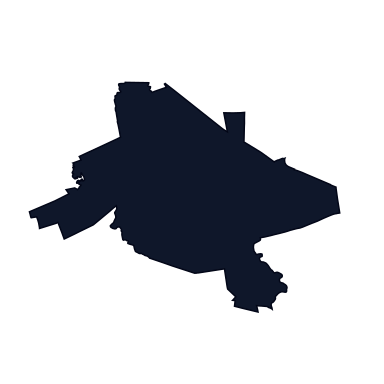 Contesti, Dâmbovita, Romania, rotated 200°
{"feature_id": "2599482B81842456192136", "entity_name": "Contesti", "entity_type": "district", "adm_level": 2, "iso_a3": "ROU", "parent_name": "Romania", "parent_adm1": "Dâmbovita", "projection": "mercator", "projection_center": [25.668, 44.679], "detail": "fine", "context": "isolated", "style": "filled", "palette": "ink", "viewbox_px": 384, "rotation_deg": 200, "n_neighbors": 0, "source": "geoboundaries", "source_scale": "gbopen_adm2", "svg_char_len": 5927}
<svg xmlns="http://www.w3.org/2000/svg" viewBox="0 0 384 384"><g transform="rotate(200 192 192)"><path d="M189.2,277.3L179.3,260.6L182.9,261.3L185.4,262.0L242.8,281.1L254.3,284.8L254.8,284.0L251.9,281.6L261.5,273.8L263.5,271.9L264.5,272.7L266.4,273.1L266.8,273.4L267.0,273.8L267.0,274.3L266.7,274.9L266.9,276.6L267.0,276.7L267.8,276.7L268.5,276.5L269.2,276.4L269.4,276.4L269.7,276.7L269.9,276.9L269.9,277.2L269.7,278.9L270.0,279.9L284.4,274.9L292.2,272.2L292.1,271.8L292.5,271.1L293.0,270.7L295.6,269.7L296.9,269.1L297.4,268.8L297.7,268.5L297.7,268.0L297.6,267.7L297.4,267.3L296.0,265.9L295.7,264.0L295.5,263.7L295.2,263.4L294.5,262.9L294.2,262.6L293.6,262.5L293.3,262.0L293.2,261.5L293.6,261.0L294.3,260.6L295.9,260.0L296.1,259.8L296.1,259.2L296.1,258.6L295.8,257.5L296.0,257.0L296.1,256.9L296.9,256.4L297.1,256.2L297.1,255.9L297.0,255.3L296.2,253.9L296.2,253.3L296.4,252.1L296.3,251.9L296.1,251.4L295.7,250.7L293.6,247.7L293.1,247.2L292.7,246.9L292.8,245.6L292.7,244.6L291.9,242.7L291.4,242.0L290.8,241.5L290.6,241.1L288.5,237.3L286.4,233.6L286.2,232.9L286.2,232.5L284.6,230.2L281.9,225.8L277.9,219.0L284.0,212.8L304.5,192.4L310.1,186.8L308.4,185.3L307.8,184.6L307.2,184.0L313.8,178.5L312.7,178.1L312.6,177.8L312.8,177.3L312.9,177.0L312.9,176.7L312.8,176.4L312.4,176.1L311.7,175.9L311.1,175.5L311.0,175.4L311.1,175.2L311.5,175.1L311.9,175.1L312.2,175.0L312.4,174.5L312.3,174.1L311.2,173.4L311.1,172.9L311.1,172.0L310.8,171.2L311.1,170.4L311.2,169.5L311.1,169.0L311.0,168.9L310.1,168.5L309.5,168.7L309.3,168.5L309.5,168.0L309.9,167.2L309.8,166.4L309.6,165.8L309.1,165.3L307.5,164.6L306.9,164.3L306.7,164.3L306.4,165.1L306.3,165.6L306.2,165.6L306.1,165.4L306.2,164.8L306.1,164.5L305.7,164.6L305.3,165.4L305.2,165.5L304.5,165.7L304.4,165.9L304.4,166.1L305.2,167.0L305.2,167.3L304.6,167.3L304.2,167.3L303.4,167.7L303.2,167.5L303.1,167.4L302.5,167.5L301.6,167.9L301.2,168.2L301.1,168.3L301.2,168.5L301.8,168.7L302.2,169.3L302.0,170.0L302.7,171.0L302.8,171.7L302.4,172.0L301.8,171.5L300.9,170.6L299.1,169.7L297.1,166.8L297.2,166.3L297.6,165.6L298.3,165.1L298.7,165.2L298.9,165.9L299.3,166.4L299.7,166.5L300.3,166.2L300.5,165.7L299.9,164.8L300.0,164.7L300.7,164.5L300.8,164.4L301.0,163.6L301.2,163.4L301.4,163.7L301.8,164.1L302.3,164.2L303.1,163.8L303.5,163.1L303.6,162.6L303.7,162.0L303.6,161.3L303.3,160.9L302.9,160.9L302.6,161.1L302.7,162.2L302.0,162.2L301.5,161.8L301.3,161.3L300.9,160.7L298.7,160.5L298.8,159.5L299.2,158.6L299.6,158.0L299.5,157.4L300.5,155.0L301.8,155.4L303.6,155.7L311.1,151.1L307.0,148.2L317.8,136.7L338.0,117.8L336.4,115.6L334.9,113.3L334.3,112.8L329.5,115.5L327.2,112.8L325.4,110.3L323.0,106.1L322.8,105.6L311.1,114.5L309.0,116.1L307.6,117.6L300.6,109.6L296.0,104.1L287.9,112.4L284.9,115.6L273.5,127.4L268.9,135.2L262.5,146.2L260.5,149.9L258.4,153.2L257.5,151.8L257.0,150.7L257.0,150.4L257.0,149.0L257.5,146.9L257.6,146.3L257.5,146.0L257.4,145.7L256.1,144.2L255.4,143.2L254.8,141.8L255.2,138.4L255.2,136.8L255.3,136.2L255.5,135.8L256.0,135.1L257.0,132.9L257.2,132.3L256.7,131.5L255.9,131.0L254.9,130.9L254.0,130.7L252.2,130.9L251.7,131.0L251.4,131.3L250.8,131.7L250.7,132.0L250.4,133.3L250.2,133.5L249.7,133.6L249.3,134.0L248.7,134.2L248.4,134.5L246.0,133.2L245.5,132.5L245.3,131.4L245.1,131.1L244.2,130.6L244.0,130.4L243.9,129.8L243.2,127.7L240.7,123.6L240.3,123.4L240.0,123.3L239.7,123.4L239.4,123.8L238.1,124.3L237.4,124.2L236.8,124.0L236.3,124.0L236.0,124.1L235.4,124.0L235.0,124.1L234.8,123.9L234.8,123.1L234.9,122.7L234.9,122.0L234.5,121.7L232.3,121.7L230.4,121.9L228.5,121.9L227.4,120.2L226.6,118.9L224.9,116.9L223.9,116.6L222.9,116.6L221.9,116.4L220.5,116.2L219.0,116.7L218.5,117.1L217.4,116.7L216.2,116.7L214.6,116.3L212.0,116.5L210.6,116.1L209.0,115.3L208.7,115.4L195.1,115.7L185.3,115.8L161.8,116.6L160.1,117.3L158.9,118.1L158.7,118.0L135.2,130.9L126.5,114.9L125.3,113.0L115.0,108.5L116.8,104.1L114.3,104.7L113.0,99.2L104.9,100.0L88.9,101.8L89.9,103.5L91.0,105.2L92.5,107.3L91.8,107.4L87.5,108.7L82.3,110.1L82.0,110.1L80.7,109.7L78.3,109.7L77.2,109.5L76.6,109.3L77.2,110.4L78.7,112.3L79.2,113.5L79.3,114.3L79.2,114.8L79.0,115.3L78.4,115.8L77.9,116.6L77.5,117.8L77.1,119.5L77.1,120.2L77.3,120.9L77.8,121.8L77.9,122.3L77.4,123.4L76.4,125.9L75.6,127.1L74.9,127.9L74.1,128.6L72.9,129.2L70.7,129.6L69.9,129.8L69.4,130.1L69.2,130.5L69.2,131.3L69.4,131.8L69.7,132.4L69.9,133.2L69.9,133.9L70.0,134.6L70.4,135.3L71.1,136.1L72.2,136.7L72.9,136.9L73.7,137.0L74.8,137.4L75.6,137.5L76.9,137.3L77.8,137.4L78.7,137.6L79.2,138.2L79.6,138.9L79.9,139.9L79.9,140.9L78.8,142.2L78.4,142.9L78.4,143.8L78.8,144.7L79.7,145.3L82.8,145.8L84.1,145.8L85.0,145.5L86.0,144.8L86.9,144.1L87.4,144.2L90.0,145.8L90.9,145.9L92.3,146.7L93.4,147.5L94.5,148.4L95.5,149.1L97.7,150.3L98.5,150.5L99.7,150.6L101.2,150.6L102.3,150.2L103.0,150.1L103.8,150.3L105.0,151.2L105.8,152.4L105.9,153.5L105.4,154.4L104.4,155.1L104.1,155.7L104.5,156.8L105.0,157.6L106.2,157.5L108.4,156.4L109.8,155.3L110.6,155.3L111.0,156.0L112.6,157.0L113.6,157.8L114.5,159.4L115.2,160.6L115.8,162.4L116.0,163.7L116.1,164.2L115.9,164.7L115.6,165.2L114.8,166.1L113.9,167.1L112.0,169.2L111.4,170.2L111.5,171.1L112.0,172.1L112.2,172.4L108.5,174.5L103.1,178.0L99.8,180.3L96.0,182.8L91.5,185.9L91.3,186.0L88.5,188.1L86.4,189.8L85.6,190.3L83.5,191.8L81.0,193.5L78.1,195.2L75.8,197.1L71.0,201.5L69.1,203.2L68.8,203.6L68.2,204.0L64.1,207.6L61.6,210.1L60.9,210.8L59.3,212.4L55.8,215.7L53.6,217.7L52.0,219.1L50.8,220.0L49.7,220.7L49.0,221.0L48.7,221.3L46.0,222.8L50.5,230.9L52.9,235.2L58.2,245.3L58.3,245.8L64.1,246.0L64.3,246.3L90.4,247.7L94.8,248.0L100.3,248.1L103.6,247.9L103.5,248.5L109.9,248.8L111.1,249.0L112.5,249.5L113.2,249.9L114.7,251.2L115.6,252.9L116.0,253.9L116.2,254.8L116.2,255.5L116.9,254.9L118.5,254.5L120.5,252.7L121.2,252.0L122.5,251.2L125.1,248.6L125.1,248.4L139.9,252.6L142.1,253.1L160.4,256.8L160.7,258.0L165.1,271.0L166.2,274.5L168.2,279.9L169.8,284.8L173.4,283.1L180.5,280.3L189.2,277.3Z" fill="#0f172a" stroke="#020617" stroke-width="1.5"/></g></svg>